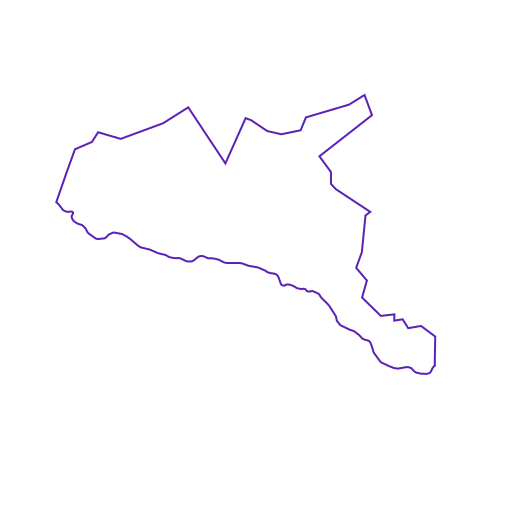 McCormick, South Carolina, United States of America, rotated 337°
{"feature_id": "52423323B96528325771668", "entity_name": "McCormick", "entity_type": "district", "adm_level": 2, "iso_a3": "USA", "parent_name": "United States of America", "parent_adm1": "South Carolina", "projection": "albers", "projection_center": [-82.328, 33.836], "detail": "fine", "context": "isolated", "style": "outline", "palette": "violet", "viewbox_px": 512, "rotation_deg": 337, "n_neighbors": 0, "source": "geoboundaries", "source_scale": "gbopen_adm2", "svg_char_len": 2050}
<svg xmlns="http://www.w3.org/2000/svg" viewBox="0 0 512 512"><g transform="rotate(337 256 256)"><path d="M93.2,128.4L94.7,131.9L96.3,138.2L98.0,140.4L99.7,141.7L103.1,142.8L104.0,143.3L104.4,144.0L104.5,144.8L103.9,145.7L102.8,146.4L101.7,147.6L101.4,149.0L101.4,150.9L102.0,152.8L103.2,154.8L104.8,156.9L107.7,159.3L108.6,160.7L109.9,164.2L110.1,167.9L110.8,170.0L115.4,177.4L116.8,178.5L123.5,180.6L125.5,180.2L128.9,178.7L133.2,178.6L134.5,178.9L141.4,183.5L144.5,187.4L146.9,191.3L151.4,200.3L153.2,203.0L160.8,208.6L166.9,215.1L173.1,219.7L175.7,223.1L179.8,226.0L184.3,227.8L185.4,228.6L189.9,233.6L191.1,234.4L194.8,235.9L197.8,235.6L199.9,234.8L203.4,234.1L206.1,234.7L208.1,236.2L210.9,239.3L214.0,240.6L217.3,242.6L220.4,245.0L223.6,248.9L225.1,250.2L226.7,251.2L236.9,255.5L239.9,257.0L245.3,262.1L253.2,267.2L259.0,273.3L259.8,274.9L262.4,277.3L266.0,279.4L267.6,281.1L268.2,282.3L268.4,284.5L268.0,291.2L268.1,292.2L268.8,293.3L270.7,294.5L272.2,294.1L273.8,294.4L276.2,295.8L279.0,298.6L281.0,301.5L285.3,304.5L286.9,304.6L287.9,305.3L288.6,306.0L288.9,307.6L289.6,308.7L291.9,309.9L292.7,309.8L294.4,310.3L299.0,315.4L299.8,319.9L303.2,328.1L304.0,330.9L306.0,342.7L305.1,347.4L306.7,352.8L313.8,360.8L316.2,362.8L317.2,364.1L320.1,369.2L321.5,373.2L322.3,374.5L326.9,378.3L327.4,380.3L327.4,380.6L327.4,383.3L326.6,391.0L329.4,402.6L335.6,409.5L339.3,413.1L342.6,415.1L348.7,416.5L350.0,416.8L352.2,417.5L353.4,418.3L355.1,419.9L356.5,423.8L357.8,425.8L360.1,427.5L361.4,428.5L367.0,431.2L369.6,431.6L371.5,431.0L374.8,428.1L377.1,426.9L377.8,426.9L378.8,424.2L389.5,400.2L380.6,384.9L367.9,381.9L366.3,371.6L358.0,369.5L360.6,363.8L347.5,359.9L337.4,335.7L348.5,321.9L343.6,306.0L354.9,293.9L372.6,261.5L378.4,260.0L355.6,225.7L353.2,219.0L357.8,207.9L353.3,189.0L417.8,171.7L418.8,150.2L400.7,153.0L356.2,147.9L346.2,157.7L326.8,153.8L315.1,145.3L304.6,129.1L300.3,125.1L264.0,158.8L251.7,92.7L222.3,97.5L177.2,95.3L159.0,80.4L149.5,86.9L131.1,87.0L114.3,105.1L93.2,128.4Z" fill="none" stroke="#5b21b6" stroke-width="2"/></g></svg>